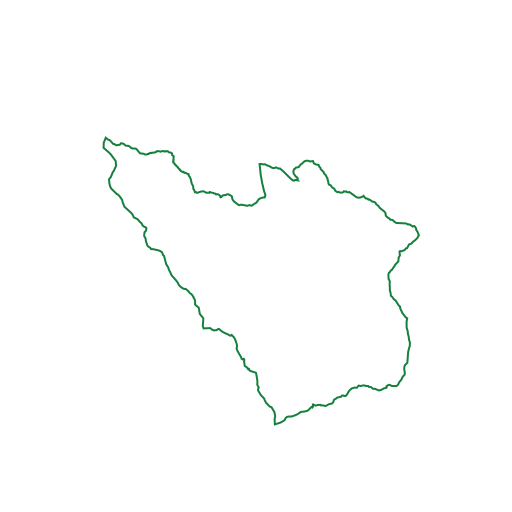 the district of Romuli, Maramures, Romania, rotated 218°
{"feature_id": "2599482B28132150762562", "entity_name": "Romuli", "entity_type": "district", "adm_level": 2, "iso_a3": "ROU", "parent_name": "Romania", "parent_adm1": "Maramures", "projection": "mercator", "projection_center": [24.471, 47.559], "detail": "fine", "context": "isolated", "style": "outline", "palette": "green", "viewbox_px": 512, "rotation_deg": 218, "n_neighbors": 0, "source": "geoboundaries", "source_scale": "gbopen_adm2", "svg_char_len": 6115}
<svg xmlns="http://www.w3.org/2000/svg" viewBox="0 0 512 512"><g transform="rotate(218 256 256)"><path d="M442.7,247.4L435.4,247.0L432.7,246.6L425.2,244.5L424.4,243.8L423.3,242.4L422.1,241.5L421.6,240.4L420.5,235.5L420.4,233.7L419.0,228.7L419.1,226.6L418.8,225.6L415.7,222.5L413.6,220.9L411.5,220.0L403.9,219.1L402.9,219.4L400.6,219.2L396.0,217.8L394.3,216.3L389.9,213.8L380.7,213.1L379.0,212.7L376.1,211.2L372.0,212.1L369.3,211.5L366.3,211.3L364.2,210.3L363.1,210.1L359.9,210.7L358.7,209.2L358.2,207.4L358.5,206.4L358.4,206.0L356.7,203.2L355.4,202.4L353.9,201.9L351.6,199.7L347.9,197.3L346.5,197.1L344.5,197.4L343.0,196.8L341.4,198.0L336.6,200.3L334.4,201.0L332.2,201.0L329.7,199.5L328.4,199.4L321.8,194.3L318.5,193.1L315.5,191.2L313.9,190.6L310.6,188.8L304.5,187.7L301.2,186.8L298.8,185.6L296.3,185.3L293.4,185.5L292.1,185.9L291.4,186.7L290.4,186.8L287.4,186.6L285.8,186.1L282.9,186.1L279.9,185.2L279.6,184.7L277.7,184.1L276.9,183.5L275.1,181.7L274.6,180.6L273.4,180.1L269.7,180.1L268.8,179.6L264.7,175.8L259.4,174.5L258.7,173.9L254.8,168.0L252.7,166.7L247.7,171.0L245.6,170.9L243.2,171.5L241.4,173.4L240.8,175.3L240.4,175.7L235.9,175.6L232.2,176.3L230.3,176.9L227.3,177.3L226.7,178.0L226.6,178.8L222.7,178.2L219.2,176.3L216.6,174.4L215.3,173.1L214.3,171.1L212.2,169.8L205.7,167.2L203.9,166.1L202.9,166.3L202.4,167.4L201.6,167.3L200.9,166.5L200.4,165.4L199.0,164.3L197.4,162.5L193.8,162.6L193.1,162.0L192.7,162.0L192.3,162.6L191.8,162.7L191.0,161.9L189.8,161.9L184.9,163.7L183.8,163.8L177.6,158.0L175.7,155.3L172.9,154.1L172.4,152.4L171.7,151.4L166.6,149.4L161.8,148.7L160.3,147.7L157.8,146.6L152.4,145.8L150.8,146.4L145.5,144.4L142.3,141.7L141.0,139.1L137.5,134.9L134.2,139.7L132.8,143.0L132.4,144.5L132.9,146.4L132.6,148.2L130.9,150.1L129.3,151.2L127.5,153.9L126.1,156.4L124.8,160.0L124.9,160.5L122.1,163.2L120.4,165.4L119.8,166.9L119.4,171.0L119.2,171.3L118.3,171.3L118.4,172.6L119.7,173.8L119.7,174.2L117.2,174.7L116.4,175.4L115.7,176.5L113.6,178.4L112.7,178.3L111.4,179.4L108.8,180.7L108.4,181.3L107.4,183.9L105.3,186.6L105.1,188.0L106.0,190.9L105.2,192.7L104.8,194.5L102.4,197.3L102.3,199.0L101.4,199.5L101.1,200.0L100.0,200.2L99.1,201.0L99.1,203.5L99.6,207.0L99.1,210.4L97.4,212.9L95.5,214.2L95.3,217.1L93.4,218.0L92.4,219.4L90.9,220.8L89.8,221.0L87.6,222.6L86.4,222.4L85.1,223.3L84.1,223.5L82.1,223.4L80.6,224.5L76.2,225.8L74.6,228.2L73.9,230.1L72.1,232.5L72.2,233.0L73.0,233.7L72.7,234.7L71.9,236.4L71.1,236.8L69.0,237.2L65.3,239.9L64.8,241.9L65.5,245.0L65.3,247.1L65.5,248.8L66.0,250.8L66.0,252.0L65.8,253.8L66.3,255.0L69.7,258.3L70.8,259.9L71.4,261.6L71.0,265.0L77.1,274.2L78.9,278.2L79.3,279.6L81.4,282.5L83.8,284.2L86.6,287.0L87.8,287.7L90.6,290.5L93.2,292.3L96.8,296.8L98.5,300.0L100.0,299.8L101.4,300.1L105.4,301.1L110.4,303.7L111.2,304.8L113.0,304.9L118.7,306.9L120.8,306.8L123.2,307.6L125.2,307.7L127.6,310.1L129.0,311.0L134.1,317.0L134.9,318.4L137.6,319.7L140.4,323.1L140.9,324.7L140.6,326.1L140.9,327.3L140.4,328.8L140.6,331.2L140.6,333.5L141.0,334.6L140.5,339.3L142.5,342.4L143.0,345.1L145.5,347.6L145.5,348.6L144.2,349.3L143.4,350.9L142.7,351.7L142.5,353.0L142.6,354.2L141.8,355.2L142.5,359.3L141.1,361.5L141.2,363.4L140.3,366.4L139.9,369.8L140.3,371.1L140.4,372.6L143.8,374.6L145.6,375.1L147.0,376.4L149.6,377.1L150.1,376.7L150.6,375.7L153.4,375.6L155.0,375.2L155.5,374.4L157.7,374.1L165.8,368.4L168.8,368.2L169.7,368.5L170.9,368.3L172.3,367.4L173.2,367.3L173.8,367.7L175.8,367.4L178.2,367.6L179.1,368.1L180.1,369.4L182.0,370.0L188.0,370.1L190.3,370.8L193.3,370.8L194.3,371.4L196.0,371.5L197.7,370.5L200.8,370.4L202.0,370.1L202.2,369.6L203.5,369.8L205.0,368.9L208.3,369.6L208.4,368.6L209.8,366.3L211.3,364.9L212.9,364.2L221.8,363.9L222.2,363.1L223.9,362.3L224.6,362.5L225.3,361.7L226.6,361.1L226.5,360.3L226.9,359.4L227.8,358.5L229.0,357.6L230.5,357.4L231.0,356.5L231.8,356.3L233.5,356.2L235.7,357.2L238.3,356.9L240.7,357.7L242.2,357.2L243.2,357.5L245.4,359.5L246.6,360.2L247.5,361.3L248.1,361.3L250.5,362.5L253.4,363.1L254.1,363.7L258.6,364.3L259.6,365.2L261.2,365.3L262.7,366.3L265.1,365.1L267.4,364.6L269.6,365.9L271.5,363.8L273.2,363.3L274.8,362.3L276.1,360.5L276.5,357.7L277.0,356.2L277.2,354.3L277.1,352.3L279.0,350.2L279.1,348.2L279.5,347.6L278.5,345.5L277.0,344.1L273.6,343.1L271.7,343.2L270.8,342.8L270.8,342.0L270.4,341.6L269.6,341.4L272.0,340.0L272.2,339.1L273.1,338.3L276.3,338.3L286.3,339.5L291.1,339.7L291.8,338.9L294.8,338.1L296.1,336.2L297.3,335.5L300.7,335.0L303.1,334.2L305.0,333.9L305.8,333.5L306.4,332.8L309.3,331.3L309.8,330.5L308.8,329.7L302.6,323.2L296.2,317.4L289.7,312.2L286.0,309.7L285.2,307.5L286.5,306.4L287.7,304.8L288.8,302.4L288.5,298.3L289.7,295.5L290.2,293.4L290.8,292.6L292.4,292.2L293.9,290.1L298.3,287.9L299.8,286.8L300.4,285.8L301.1,285.5L306.9,285.4L309.2,286.0L311.9,288.2L315.6,287.7L316.7,286.9L317.4,285.4L319.0,283.9L319.5,283.1L319.6,281.1L320.0,280.5L320.4,280.5L321.1,281.3L323.6,281.4L324.9,280.6L325.3,280.0L326.4,280.1L327.1,279.6L328.5,279.4L330.5,278.3L331.4,278.2L331.8,277.9L331.7,277.0L332.5,276.7L334.1,275.2L337.0,274.8L339.0,273.0L341.1,269.7L341.9,269.2L342.8,269.4L343.4,268.7L345.5,270.0L346.6,270.2L348.5,272.3L351.4,273.6L354.7,276.4L356.9,277.6L358.4,277.9L359.7,279.0L360.5,278.5L362.5,278.3L363.8,277.4L364.6,277.7L365.0,277.7L365.5,277.0L367.6,276.7L368.2,277.1L369.1,276.8L369.8,277.4L371.1,277.3L372.6,278.0L373.8,277.7L374.6,278.2L376.5,278.2L377.2,278.8L378.5,278.7L379.4,279.3L379.6,279.7L379.5,280.2L380.3,280.8L380.3,281.3L381.2,282.2L382.2,283.9L384.4,284.0L385.3,285.1L387.0,285.0L387.7,284.4L388.9,284.0L390.0,284.3L391.6,283.0L391.8,282.5L392.4,282.4L392.7,281.8L393.6,281.6L394.9,280.5L395.3,279.5L397.1,278.8L398.7,277.5L398.7,276.6L399.0,276.3L399.4,275.3L401.6,273.3L401.6,272.9L402.1,272.4L402.8,272.2L403.3,271.3L403.4,270.3L404.2,269.7L404.4,269.0L404.9,268.4L406.1,267.6L407.3,267.5L410.6,265.5L416.2,266.7L417.3,266.4L418.9,265.1L420.9,264.2L422.7,264.5L424.3,264.3L425.8,263.2L427.0,262.7L429.4,262.9L431.8,261.8L431.8,260.1L431.9,259.7L434.3,257.2L434.7,257.1L435.9,257.1L437.8,256.4L442.3,257.3L444.3,256.6L447.2,256.7L445.7,251.5L442.7,247.4Z" fill="none" stroke="#15803d" stroke-width="2"/></g></svg>